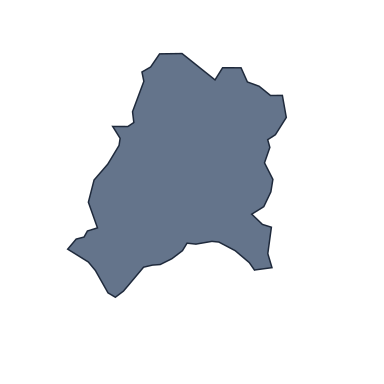 outline of Limavady, rotated 214°
{"feature_id": "GBR-2102", "entity_name": "Limavady", "entity_type": "District", "adm_level": 1, "iso_a3": "GBR", "parent_name": "United Kingdom", "parent_adm1": "", "projection": "natural_earth1", "projection_center": [-6.961, 55.005], "detail": "fine", "context": "isolated", "style": "filled", "palette": "slate", "viewbox_px": 384, "rotation_deg": 214, "n_neighbors": 0, "source": "natural_earth", "source_scale": "10m", "svg_char_len": 876}
<svg xmlns="http://www.w3.org/2000/svg" viewBox="0 0 384 384"><g transform="rotate(214 192 192)"><path d="M96.5,162.2L105.0,165.5L123.4,167.5L141.8,165.5L147.9,162.2L159.6,151.0L167.5,146.8L167.1,138.0L171.4,125.4L177.8,114.1L183.9,109.3L190.1,102.6L193.4,71.5L196.7,61.9L205.2,61.4L228.2,72.9L238.8,76.0L263.1,75.1L262.4,81.5L261.7,88.2L256.3,94.3L256.9,101.2L250.3,109.4L272.2,125.6L279.9,147.2L277.4,168.0L278.5,189.8L281.6,196.3L294.4,202.0L281.8,210.4L279.1,217.1L286.2,225.3L293.8,256.8L300.6,263.5L296.2,272.5L296.1,288.4L277.7,301.2L235.6,297.8L236.1,312.1L220.8,322.4L207.6,314.2L195.5,317.2L180.9,315.9L171.1,322.6L155.5,306.5L154.9,286.1L158.5,277.7L152.4,272.5L148.2,256.7L132.0,247.7L126.7,236.2L124.3,220.0L130.1,207.0L115.5,204.5L106.5,207.2L94.7,183.3L83.4,174.0L96.0,162.8L96.4,162.3L96.5,162.2Z" fill="#64748b" stroke="#1e293b" stroke-width="1.5"/></g></svg>